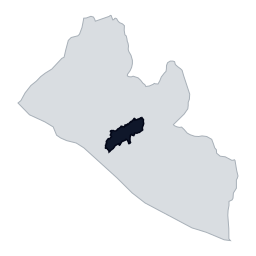 District #3, Grand Bassa, Liberia shown in context
{"feature_id": "62588387B53220692513074", "entity_name": "District #3", "entity_type": "district", "adm_level": 2, "iso_a3": "LBR", "parent_name": "Liberia", "parent_adm1": "Grand Bassa", "projection": "orthographic", "projection_center": [-9.497, 6.317], "detail": "fine", "context": "in_parent", "style": "filled", "palette": "ink", "viewbox_px": 256, "rotation_deg": 0, "n_neighbors": 0, "source": "geoboundaries", "source_scale": "gbopen_adm2", "svg_char_len": 6538}
<svg xmlns="http://www.w3.org/2000/svg" viewBox="0 0 256 256"><path d="M18.0,103.0L20.9,100.6L25.1,92.9L30.9,85.5L36.4,81.1L40.7,76.6L45.3,73.1L51.8,69.1L61.8,58.4L64.1,57.2L65.8,49.8L68.3,40.4L71.2,37.5L77.9,35.8L79.5,34.2L82.0,27.5L83.5,19.8L83.7,18.2L86.3,18.0L90.9,16.3L93.5,17.1L94.7,19.3L95.3,21.2L109.1,16.4L110.4,15.4L111.1,15.5L112.8,19.9L113.8,19.6L114.7,18.4L115.6,18.2L116.7,18.8L117.8,20.8L119.5,22.6L122.5,23.9L124.4,25.7L124.2,30.3L124.9,34.8L126.2,35.9L126.9,38.6L127.3,41.5L128.0,43.1L128.5,46.0L128.2,49.2L128.8,51.5L131.0,55.4L132.4,60.3L132.4,63.7L131.6,67.4L130.1,70.7L127.5,74.3L127.3,75.8L128.8,76.7L131.2,76.9L133.1,76.2L138.0,77.8L140.6,80.2L142.9,83.2L144.9,84.7L145.8,86.5L149.3,86.0L153.4,84.2L154.2,83.4L155.4,83.8L158.0,84.0L159.8,80.8L161.3,77.0L164.4,73.0L166.0,71.4L166.4,68.9L166.5,65.5L167.6,62.7L170.2,61.1L173.0,61.1L174.6,61.7L175.3,64.5L177.6,66.6L179.5,68.0L180.5,68.7L182.1,70.3L183.7,75.9L189.7,94.1L189.4,99.1L188.2,102.4L188.2,105.6L187.8,108.8L184.2,114.0L173.4,124.6L174.2,125.6L176.8,126.8L179.4,127.4L181.6,127.1L184.3,129.7L187.2,133.1L190.3,134.8L194.8,136.3L198.7,136.5L202.0,135.9L206.7,136.5L211.7,139.3L213.4,143.8L214.7,147.8L216.4,149.8L216.6,153.2L220.2,156.2L225.2,156.8L231.8,160.3L233.5,160.2L234.2,159.7L235.0,160.4L236.7,170.6L238.0,176.0L237.3,178.2L236.4,179.9L236.4,188.2L233.4,193.0L233.0,198.2L232.1,199.9L229.0,201.4L229.0,205.4L228.1,210.2L227.8,215.3L228.8,228.7L228.9,238.8L230.4,240.6L224.2,239.8L206.0,232.2L192.0,227.9L145.1,203.0L132.1,192.9L117.1,178.0L83.8,147.8L76.2,143.0L66.6,140.6L60.7,138.0L56.6,135.2L53.2,126.9L44.9,121.9L29.5,114.8L18.0,103.0Z" fill="#d9dde1" stroke="#a8b0b8" stroke-width="1"/><path d="M134.2,118.6L134.3,118.8L134.3,119.0L134.2,119.4L133.9,119.5L133.7,119.6L133.4,119.7L133.3,119.8L133.1,120.1L132.7,120.2L132.4,120.3L132.2,120.6L132.3,120.8L132.3,121.0L131.7,121.7L131.4,121.9L131.2,122.1L130.9,122.2L130.7,121.7L129.9,122.4L129.4,122.8L129.4,123.1L129.1,123.6L129.0,123.8L128.7,124.1L128.2,124.0L128.1,123.9L127.9,123.9L127.9,124.2L128.0,124.4L128.0,124.6L127.9,124.7L127.7,124.7L127.4,124.4L127.1,124.4L127.0,124.5L127.0,124.8L127.0,125.0L126.8,125.1L126.7,125.1L126.5,124.8L126.4,124.8L126.4,125.2L126.4,125.4L126.2,125.5L125.8,125.3L125.7,125.2L125.4,125.0L125.1,125.0L125.1,125.3L125.3,125.5L125.2,125.7L125.3,125.8L125.3,126.0L125.2,126.0L124.9,125.9L124.7,125.9L124.6,126.0L124.4,126.3L124.2,126.5L124.2,126.9L123.6,126.7L123.4,126.8L123.1,126.9L122.9,126.9L122.6,126.6L122.4,126.6L122.0,126.3L121.8,126.3L121.7,126.2L120.9,126.4L120.9,126.6L120.9,126.8L121.0,127.1L120.8,127.3L120.5,127.4L120.1,127.5L119.8,127.7L119.3,128.1L119.2,128.3L118.9,128.5L118.5,128.6L118.2,128.8L117.7,129.0L117.5,129.3L117.5,129.6L117.4,129.8L116.8,130.1L116.5,130.3L116.3,130.6L116.2,130.6L115.7,130.9L115.3,131.1L115.0,131.2L114.6,131.1L114.1,130.8L113.2,130.5L112.9,130.5L112.7,130.6L112.3,130.6L111.9,130.6L111.5,130.5L111.3,130.6L111.1,130.8L110.6,130.9L110.6,131.2L110.4,131.7L110.6,131.9L110.9,131.8L111.2,131.8L111.4,132.0L111.5,132.2L111.6,132.5L111.6,132.8L111.4,133.1L111.1,133.4L110.7,134.0L110.4,134.7L110.3,135.1L110.5,135.2L110.8,135.3L110.9,135.6L111.1,135.8L111.1,136.0L111.4,136.4L111.6,136.6L111.5,136.9L111.4,137.0L111.1,137.1L110.8,137.2L110.5,137.5L110.4,137.7L110.4,138.0L110.1,138.3L109.9,138.5L109.8,138.9L109.7,139.0L109.4,139.1L109.1,139.0L108.8,138.6L108.6,138.6L108.4,138.6L108.1,138.8L108.1,139.0L108.0,139.3L107.7,139.9L107.6,140.0L107.4,139.8L107.2,140.0L107.2,140.3L107.0,140.5L106.7,140.8L106.5,141.1L106.3,141.3L106.4,141.7L106.4,142.2L106.6,142.4L106.7,142.7L106.6,143.0L106.3,143.2L106.2,143.4L106.6,143.7L106.6,143.9L106.3,144.4L106.2,144.6L105.9,144.8L105.6,145.0L105.5,145.5L105.6,146.1L105.6,146.8L105.6,147.2L105.4,148.0L105.5,148.1L105.7,148.3L106.1,148.3L106.7,148.2L107.1,148.3L107.3,148.6L107.4,149.1L107.7,149.5L108.5,150.2L108.9,150.5L108.8,151.0L109.0,151.2L109.1,151.9L109.1,152.0L110.0,151.3L110.3,150.9L110.5,150.5L110.9,150.2L111.2,150.0L111.6,149.8L111.9,149.5L112.2,149.2L113.4,148.4L113.4,148.2L113.6,147.9L113.9,147.4L114.1,147.1L114.3,147.1L114.5,146.9L114.7,146.2L115.0,145.9L115.2,145.7L115.7,145.3L116.0,145.2L116.8,144.7L117.1,144.5L117.5,144.2L117.9,144.0L118.3,143.8L118.7,143.7L119.1,143.6L119.3,143.6L119.2,143.9L118.9,144.3L118.9,144.6L119.1,144.7L119.2,145.0L119.4,145.1L119.6,145.2L119.8,144.9L120.0,144.6L120.1,144.4L120.3,144.4L120.3,144.2L120.5,143.7L120.7,143.4L121.0,143.1L121.1,142.9L121.3,142.6L121.4,142.3L121.6,142.2L122.2,141.2L122.3,141.1L122.5,141.2L123.1,141.1L123.3,141.1L124.1,140.7L124.3,140.6L124.4,140.4L124.7,140.4L125.0,140.3L125.3,140.2L125.6,139.9L125.9,139.3L126.2,139.3L126.6,139.6L127.2,140.1L127.5,140.4L128.1,141.6L128.4,142.2L128.6,143.2L128.7,143.4L128.9,143.5L129.1,143.4L129.3,143.4L129.3,143.5L129.5,143.4L129.9,143.3L130.1,143.1L130.1,142.7L130.4,142.5L130.3,142.4L130.4,142.1L130.4,141.9L130.2,141.5L130.2,141.4L130.0,141.1L130.0,140.9L129.9,140.7L130.0,140.3L129.9,140.2L129.9,139.7L129.8,139.4L129.9,139.2L130.0,139.2L130.0,138.8L130.0,138.5L130.0,138.1L130.0,137.9L130.0,137.7L130.0,137.4L130.0,137.1L130.1,136.9L130.3,136.8L130.3,136.5L130.3,136.4L130.4,135.9L130.3,135.7L130.3,135.4L130.5,135.1L130.7,134.5L130.8,134.4L130.8,134.2L130.9,134.4L131.1,134.5L131.3,134.3L131.5,134.4L131.5,134.5L131.9,134.8L131.9,135.0L132.0,135.0L132.4,135.2L132.5,135.3L133.0,135.4L133.3,135.4L133.6,135.5L133.7,135.4L133.8,135.5L134.2,134.8L134.3,134.7L134.5,134.3L134.4,133.9L134.4,133.6L134.5,133.2L134.9,133.1L135.1,133.1L135.6,133.0L135.9,133.1L136.2,133.1L136.6,133.2L136.9,133.2L137.3,133.1L137.5,132.9L137.9,132.7L138.3,132.6L139.0,132.5L139.3,132.4L139.5,132.4L139.9,132.1L140.4,131.5L140.7,131.3L141.0,131.1L141.5,130.9L141.8,130.7L142.7,129.9L142.6,129.6L142.6,129.4L142.5,129.1L142.4,128.2L142.4,127.6L142.5,127.1L142.7,126.3L143.1,125.8L143.3,124.7L143.6,124.2L143.7,123.6L143.3,121.2L143.5,119.7L142.5,118.4L142.5,118.5L142.4,118.4L142.3,118.2L142.1,118.0L142.0,118.3L142.0,118.5L141.9,118.6L141.7,118.7L141.3,118.2L141.1,118.0L141.0,117.8L140.8,117.8L140.8,118.0L140.6,118.1L140.8,118.3L140.8,118.5L140.7,118.6L140.4,118.5L140.2,118.6L139.9,118.7L139.8,118.8L139.7,118.8L139.5,118.7L139.4,118.7L139.2,118.6L138.9,118.8L138.9,119.0L138.7,119.0L138.3,119.3L138.1,119.4L137.7,119.2L137.5,119.3L137.3,119.5L137.1,119.7L136.4,119.8L136.2,119.9L135.8,119.9L135.5,120.1L135.1,120.2L135.1,119.9L135.4,119.4L135.4,119.2L135.2,119.1L134.9,118.9L134.6,118.5L134.3,118.4L134.1,118.5L134.2,118.6Z" fill="#0f172a" stroke="#020617" stroke-width="1.5"/></svg>